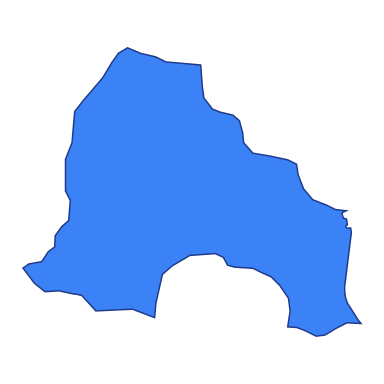 map outline of Kankan (Robinson projection)
{"feature_id": "GIN-5641", "entity_name": "Kankan", "entity_type": "Prefecture", "adm_level": 1, "iso_a3": "GIN", "parent_name": "Guinea", "parent_adm1": "", "projection": "robinson", "projection_center": [-8.816, 10.042], "detail": "fine", "context": "isolated", "style": "filled", "palette": "blue", "viewbox_px": 384, "rotation_deg": 0, "n_neighbors": 0, "source": "natural_earth", "source_scale": "10m", "svg_char_len": 1264}
<svg xmlns="http://www.w3.org/2000/svg" viewBox="0 0 384 384"><path d="M346.2,210.8L342.4,212.5L342.2,214.3L342.8,216.4L343.4,218.0L344.0,218.4L345.0,218.5L346.1,218.8L346.7,219.9L347.2,223.5L347.4,224.6L347.1,225.1L346.3,225.3L345.7,226.1L346.5,227.9L347.2,228.2L350.6,227.9L351.4,232.3L344.8,285.3L344.6,287.2L344.7,291.6L345.3,296.3L346.2,299.9L347.5,303.2L358.0,319.8L361.0,323.5L346.9,322.8L335.7,328.6L325.0,335.0L316.3,336.2L304.5,330.4L296.9,327.5L287.7,326.9L290.1,311.2L288.5,298.3L279.8,285.5L271.2,276.9L260.4,272.0L252.9,268.3L234.6,267.1L227.6,265.2L223.3,257.3L215.2,253.6L189.9,255.4L172.1,265.9L162.4,274.4L155.9,303.2L154.6,317.6L132.5,309.2L95.8,310.9L81.5,295.1L80.8,295.2L75.6,294.1L74.0,294.1L58.9,290.8L44.9,291.7L34.2,283.0L23.0,268.1L28.8,264.0L41.8,261.6L48.2,251.8L54.7,246.9L55.2,235.8L61.7,226.7L68.7,220.5L70.3,200.3L65.5,191.1L65.5,159.3L72.0,142.8L74.7,111.5L83.3,100.5L102.7,77.8L111.9,62.5L118.4,53.3L127.5,47.8L140.4,53.3L156.0,57.0L165.7,61.9L200.7,65.0L202.3,86.4L203.9,98.0L212.5,109.1L220.0,112.1L233.0,115.2L239.4,120.7L242.7,133.0L243.7,142.8L252.9,153.2L270.7,156.2L287.9,159.9L296.5,164.2L298.1,174.6L303.5,188.7L312.7,199.7L326.7,205.2L335.3,209.5L346.2,210.8Z" fill="#3b82f6" stroke="#1e3a8a" stroke-width="1.5"/></svg>